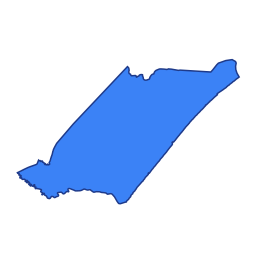 outline of Tak Bai, Narathiwat, Thailand, rotated 95°
{"feature_id": "78962969B25686112002312", "entity_name": "Tak Bai", "entity_type": "district", "adm_level": 2, "iso_a3": "THA", "parent_name": "Thailand", "parent_adm1": "Narathiwat", "projection": "mercator", "projection_center": [102.027, 6.239], "detail": "fine", "context": "isolated", "style": "filled", "palette": "blue", "viewbox_px": 256, "rotation_deg": 95, "n_neighbors": 0, "source": "geoboundaries", "source_scale": "gbopen_adm2", "svg_char_len": 5833}
<svg xmlns="http://www.w3.org/2000/svg" viewBox="0 0 256 256"><g transform="rotate(95 128 128)"><path d="M66.2,97.1L66.3,100.5L66.5,101.9L67.0,102.9L68.1,105.0L69.1,106.0L69.9,106.5L71.9,107.1L72.0,107.6L72.6,108.7L73.0,109.1L74.3,110.0L74.7,110.2L75.7,110.6L76.0,110.7L76.5,110.7L77.4,111.0L78.6,113.5L78.8,114.4L78.8,115.1L78.7,115.6L78.5,116.1L78.1,116.6L77.8,116.9L77.5,117.0L75.9,117.4L75.0,118.1L74.6,118.1L74.2,118.0L73.7,118.2L73.6,118.5L73.6,119.6L73.9,120.6L74.6,121.5L75.2,121.7L75.4,122.0L75.9,123.1L76.6,123.7L76.6,123.8L76.5,124.1L75.4,124.5L75.1,125.0L75.2,126.2L75.5,127.8L75.5,128.2L75.6,128.9L75.6,129.3L75.2,129.7L74.2,130.2L73.9,131.1L73.8,131.4L73.6,131.6L72.2,132.1L71.4,132.1L70.7,131.9L70.4,131.9L68.4,132.4L67.8,132.8L66.9,133.9L67.8,134.6L128.7,182.8L149.5,197.7L153.6,199.5L156.0,200.4L157.3,200.6L157.8,200.8L160.8,201.2L162.4,201.6L163.3,201.9L163.9,201.9L164.6,202.2L167.0,202.6L168.4,203.0L168.9,203.4L169.2,203.5L169.5,203.5L170.6,202.9L170.8,202.9L171.5,203.6L171.7,204.3L171.6,204.5L171.0,204.9L171.0,205.1L171.2,205.3L171.7,205.5L171.8,205.9L171.7,206.3L171.5,206.8L170.8,207.2L170.7,207.4L170.9,207.5L171.5,207.4L171.6,207.5L171.2,208.0L170.3,208.4L170.0,208.7L169.7,209.1L169.6,209.8L169.5,210.0L168.7,210.2L168.4,210.4L168.4,211.0L168.9,211.5L169.0,211.8L168.9,212.0L168.5,212.0L168.4,212.1L168.6,212.6L168.4,212.8L168.1,213.0L168.3,213.7L168.2,214.0L167.9,214.3L171.6,215.4L172.4,216.3L175.1,222.2L176.1,224.2L178.2,227.8L181.9,233.8L182.1,234.3L182.5,234.1L182.8,233.8L183.0,232.8L183.2,232.3L183.6,232.2L184.2,232.6L184.4,232.5L184.5,232.3L184.2,231.8L184.3,231.3L184.6,230.7L185.0,230.3L185.1,230.2L185.3,230.3L185.4,230.5L185.6,231.1L185.9,231.3L186.3,231.4L186.7,231.4L187.0,231.3L187.2,231.2L187.3,230.8L186.9,230.0L186.9,229.7L187.0,229.6L187.6,229.5L187.9,229.3L188.2,229.1L188.4,228.7L188.4,228.4L188.1,227.1L188.1,226.6L188.2,226.3L188.4,226.0L188.9,225.8L190.0,225.8L190.2,225.5L190.2,225.4L189.4,225.0L189.1,224.6L189.0,224.2L189.1,223.7L189.3,223.5L189.6,223.5L190.5,224.4L190.8,224.4L191.1,224.3L191.2,224.1L191.3,223.8L191.3,223.4L190.9,223.0L190.2,222.7L190.2,222.3L191.2,221.5L191.6,221.0L191.9,221.1L192.0,221.6L192.2,221.9L192.4,222.0L192.6,222.0L192.9,221.8L193.4,220.9L194.0,220.4L194.1,220.1L194.2,219.9L194.0,219.7L193.1,219.8L192.7,219.7L192.7,219.4L192.9,219.2L193.3,219.3L193.7,219.2L194.1,218.4L194.3,217.9L194.2,217.6L193.7,217.2L192.8,216.7L192.7,216.5L192.7,216.2L193.0,215.9L193.3,216.0L193.6,216.1L194.2,216.5L194.5,216.6L194.8,216.4L194.8,215.2L194.9,214.7L195.1,214.7L195.3,214.7L195.9,215.2L196.4,215.0L196.5,214.7L196.2,213.7L196.2,213.2L196.4,212.4L196.4,211.2L196.9,209.1L197.1,208.9L197.4,208.8L198.6,209.4L198.9,209.4L199.1,209.3L199.4,209.0L199.7,208.0L199.9,207.7L200.1,207.5L200.6,207.6L201.5,208.0L201.8,208.0L201.9,207.9L202.0,207.5L201.8,207.0L201.5,206.8L200.5,206.3L200.4,206.1L200.4,205.9L200.5,205.7L201.9,205.2L202.2,205.0L202.4,204.7L202.7,203.7L202.8,203.5L203.0,203.2L204.3,202.5L204.7,202.2L204.9,201.8L205.2,200.4L205.1,200.0L204.9,199.6L204.5,199.2L203.3,198.6L203.0,198.3L202.8,198.0L202.8,197.2L202.8,196.8L203.1,196.2L203.6,195.6L203.7,195.0L203.5,194.4L202.6,193.2L202.4,192.6L202.2,192.0L202.0,191.7L201.8,191.5L201.4,191.3L200.9,191.3L199.7,192.3L199.1,192.6L198.7,192.5L198.4,192.0L198.0,190.4L197.8,189.4L197.8,189.0L197.9,188.6L198.3,188.0L198.9,187.3L199.2,186.9L199.2,186.3L198.9,185.7L198.6,185.3L196.8,183.8L196.6,183.2L196.7,181.9L196.7,181.7L196.4,181.5L196.2,181.5L195.0,182.3L194.5,182.5L194.0,182.4L193.5,181.9L193.4,181.3L193.5,180.3L194.0,178.7L194.5,176.8L195.1,175.3L195.2,174.5L194.8,171.2L194.5,169.8L194.1,168.8L193.0,167.1L192.7,166.4L192.7,165.7L193.2,163.8L193.3,163.3L193.3,162.5L192.9,161.3L192.8,160.3L194.2,158.1L194.6,157.4L194.9,156.6L194.8,155.8L194.2,154.1L194.1,152.2L194.0,150.7L194.5,148.8L194.5,146.8L194.6,144.6L194.7,144.3L195.5,143.1L195.7,142.8L195.6,142.1L194.9,139.5L195.0,138.7L195.3,138.1L195.6,137.7L197.8,135.4L202.0,132.5L203.4,131.3L203.9,130.8L204.1,130.3L204.1,129.1L203.8,128.3L202.3,124.7L201.8,123.2L201.5,123.2L200.5,122.7L200.0,122.3L199.1,121.2L198.1,120.9L196.1,119.3L195.7,119.4L195.4,119.4L195.0,119.2L194.1,118.7L193.0,117.5L192.5,117.6L191.8,117.3L189.9,115.6L189.2,115.4L188.6,114.9L186.3,113.8L185.9,113.5L183.3,111.5L180.4,109.4L179.4,108.4L178.2,107.9L177.3,107.1L176.5,106.8L175.6,106.3L173.8,104.8L172.5,103.8L172.0,103.7L171.8,103.7L171.6,103.9L171.0,103.7L171.1,103.4L171.2,102.9L171.0,102.7L167.0,100.3L166.5,99.8L164.6,98.7L162.9,97.3L162.2,97.0L161.2,96.3L160.8,96.1L160.1,95.5L159.0,94.8L158.1,94.0L156.6,93.2L156.1,93.0L155.3,92.3L153.3,90.8L152.8,90.6L152.1,90.1L151.6,89.9L151.1,89.4L148.3,87.4L147.5,87.0L143.9,84.7L141.1,82.7L140.0,82.3L139.4,82.5L138.6,82.8L138.3,82.7L137.9,81.9L138.0,81.8L138.1,81.6L137.6,81.0L136.5,80.3L136.1,79.9L135.7,79.7L133.5,78.3L132.8,77.9L132.2,77.4L131.4,76.9L130.5,76.2L129.3,75.5L126.9,73.7L126.6,73.6L125.4,72.7L124.9,72.5L124.3,72.0L123.7,71.8L123.1,71.2L122.3,70.8L120.2,69.2L119.0,68.2L118.5,68.0L117.9,67.4L116.7,66.8L115.9,66.1L114.2,64.9L113.2,63.9L112.2,63.3L111.5,62.7L110.1,61.8L109.1,60.7L107.6,59.7L106.2,58.4L104.9,57.4L104.0,56.8L103.1,55.8L102.7,55.6L102.1,55.0L100.4,53.8L99.2,52.8L98.8,52.7L98.6,52.8L98.2,52.4L98.3,52.3L98.2,52.0L95.0,49.3L94.7,48.9L94.3,48.8L93.2,47.6L91.8,46.3L89.9,44.7L87.2,42.0L87.1,41.9L86.8,42.2L86.6,42.2L86.2,42.2L85.4,41.4L81.0,36.0L80.4,35.4L79.5,34.2L78.8,33.5L78.1,33.1L77.7,32.5L77.2,32.2L76.2,30.8L75.9,30.7L75.2,30.0L74.6,29.3L73.4,28.0L73.0,27.8L71.9,26.3L71.5,26.0L70.9,25.3L70.4,24.9L69.7,24.2L68.5,22.7L67.8,22.1L67.5,21.7L63.9,24.2L60.4,25.7L57.1,26.2L53.9,25.9L52.4,26.7L50.8,30.2L52.3,36.5L55.5,43.6L57.3,45.1L62.8,48.7L65.0,50.4L65.8,81.2L66.2,82.8L65.6,89.8L65.6,92.9L66.0,93.5L66.3,94.5L66.2,97.1Z" fill="#3b82f6" stroke="#1e3a8a" stroke-width="1.5"/></g></svg>